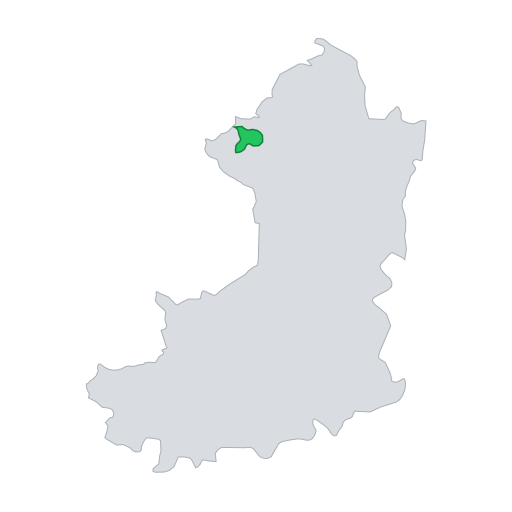 Coyah highlighted on a map of Guinea, rotated 92°
{"feature_id": "GIN-5631", "entity_name": "Coyah", "entity_type": "Prefecture", "adm_level": 1, "iso_a3": "GIN", "parent_name": "Guinea", "parent_adm1": "", "projection": "mercator", "projection_center": [-13.332, 9.762], "detail": "fine", "context": "in_parent", "style": "filled", "palette": "green", "viewbox_px": 512, "rotation_deg": 92, "n_neighbors": 0, "source": "natural_earth", "source_scale": "10m", "svg_char_len": 4203}
<svg xmlns="http://www.w3.org/2000/svg" viewBox="0 0 512 512"><g transform="rotate(92 256 256)"><path d="M320.6,344.8L316.0,344.2L313.9,345.1L307.8,352.3L304.2,355.1L298.5,354.2L296.5,354.7L295.0,353.9L297.1,349.9L300.0,342.1L307.4,334.3L307.6,332.6L304.5,328.0L301.3,321.8L301.3,315.1L300.7,310.2L294.1,308.9L292.9,308.0L292.7,306.4L296.4,298.0L296.7,296.3L296.3,294.8L292.2,290.5L285.9,282.6L275.0,266.3L270.9,262.8L267.0,257.9L265.6,254.7L261.5,253.6L223.5,253.8L222.8,258.0L209.7,260.9L201.7,257.6L192.7,259.5L188.3,261.7L185.0,271.2L183.1,273.3L181.1,277.5L179.4,279.9L177.4,284.6L173.2,291.2L168.7,295.5L161.1,297.9L158.7,304.9L156.9,307.5L154.0,309.6L150.9,310.9L144.7,309.6L141.2,310.8L140.6,309.1L142.6,303.5L141.0,300.6L135.0,294.8L134.4,292.0L132.6,288.4L124.7,281.0L117.4,281.4L119.4,275.2L119.4,266.9L116.9,262.4L117.5,257.7L116.1,258.0L113.7,261.2L109.7,260.2L101.7,255.3L97.7,250.5L97.2,246.4L96.3,244.8L93.9,245.7L88.9,245.6L73.6,238.3L62.7,220.0L62.4,215.9L64.0,208.8L63.6,206.9L58.6,211.6L57.7,208.5L53.9,201.1L52.8,196.9L49.1,195.0L46.2,194.7L43.9,196.1L40.9,204.7L38.7,204.6L36.4,202.8L36.8,196.4L42.7,188.4L52.6,168.1L56.1,163.4L58.3,161.8L63.0,161.6L72.0,158.9L83.2,152.6L91.7,153.1L101.8,152.3L114.9,148.0L115.1,134.4L114.6,131.3L110.0,128.6L107.2,126.2L104.9,123.2L102.1,121.0L102.2,118.8L108.0,115.9L113.3,115.9L115.1,114.8L116.4,112.8L117.9,107.9L118.5,102.7L114.9,95.7L115.1,90.8L134.4,91.5L145.0,92.9L153.7,93.3L155.1,94.4L153.9,99.2L155.0,102.0L157.9,102.8L162.7,99.4L165.3,100.2L170.7,104.3L175.7,105.5L181.2,107.7L186.4,109.0L191.0,108.8L194.4,111.2L200.9,111.9L209.2,108.9L215.7,107.6L224.9,107.3L229.7,108.3L243.6,105.9L254.6,107.2L252.9,108.9L247.9,119.8L248.5,121.7L259.6,131.0L262.3,131.7L265.3,130.4L270.1,126.1L273.9,121.5L277.6,119.3L281.8,119.4L285.2,122.7L293.1,136.3L295.2,138.1L297.1,138.0L300.5,135.5L302.3,132.5L309.7,123.5L321.1,118.9L348.1,129.3L352.1,130.1L354.4,129.3L357.8,123.2L368.0,118.0L372.9,116.5L375.7,116.3L376.8,114.7L377.3,112.2L376.7,109.6L373.6,104.9L373.5,103.6L375.3,102.7L379.2,102.0L384.2,102.5L389.9,104.5L394.5,107.4L397.1,110.8L402.2,125.3L407.9,136.6L407.6,151.8L410.2,153.3L412.9,154.0L414.2,155.2L417.0,161.4L419.6,163.3L422.7,163.7L428.6,167.7L432.4,169.3L432.9,170.5L432.8,172.1L431.3,174.2L425.6,178.4L422.8,182.0L417.1,190.6L416.9,192.2L418.1,193.3L420.5,193.5L423.1,192.9L428.4,189.8L432.5,190.9L436.5,193.3L438.0,195.8L438.4,199.0L437.5,203.2L437.3,207.9L438.7,215.9L440.8,223.9L442.8,226.8L456.2,233.9L457.5,236.5L458.2,239.5L457.2,243.5L455.8,245.8L448.5,252.0L447.4,255.0L448.0,260.5L448.5,283.9L451.4,287.8L454.8,289.8L462.8,288.7L462.6,295.2L461.5,302.4L466.2,304.6L468.6,306.8L469.9,308.9L462.5,312.8L460.3,315.0L459.3,321.1L459.6,326.7L469.5,330.6L473.4,335.3L475.1,340.2L475.6,349.3L474.8,351.4L472.2,351.5L467.2,345.9L459.4,345.3L453.7,344.2L444.1,345.0L442.5,346.6L441.4,358.8L443.7,360.8L448.3,363.1L451.2,364.1L453.7,363.8L455.6,365.3L456.1,369.3L454.8,372.3L452.2,375.0L449.1,382.0L449.8,388.5L444.4,398.7L442.8,400.7L435.7,398.7L431.0,398.0L427.7,400.6L423.0,396.6L422.1,393.5L420.4,392.8L417.3,392.8L414.4,394.6L413.2,397.8L412.5,404.4L407.3,410.6L403.6,418.4L399.4,417.7L398.4,418.6L393.9,420.6L390.0,421.2L389.0,419.1L386.7,417.5L384.2,414.2L381.3,411.5L375.9,409.6L373.7,410.5L371.1,410.2L369.4,409.2L369.6,407.6L372.5,403.5L374.2,399.8L375.0,395.7L375.0,391.9L373.5,386.4L371.0,382.1L370.4,379.6L370.7,376.0L370.2,372.7L369.3,370.9L368.2,364.6L366.7,363.4L365.9,358.4L366.1,353.2L364.0,351.3L360.7,349.8L358.7,347.8L357.5,345.5L356.3,344.9L355.2,345.0L354.3,346.4L353.2,346.7L351.2,341.9L350.4,341.7L349.1,342.8L333.6,348.2L331.6,343.6L328.6,342.8L323.5,344.6L320.6,344.8Z" fill="#d9dde1" stroke="#a8b0b8" stroke-width="1"/><path d="M129.6,279.4L129.2,279.4L127.9,282.1L127.5,278.9L127.1,274.5L128.9,272.2L130.4,269.4L130.4,267.4L129.6,264.0L130.4,259.4L132.3,256.2L135.2,253.8L140.0,253.4L141.8,253.4L144.3,255.6L145.6,257.1L146.1,262.4L145.2,264.4L144.0,266.2L144.7,268.7L147.0,270.2L149.5,271.1L152.2,274.5L153.1,277.3L153.3,279.8L150.8,280.2L146.3,279.8L144.5,278.7L142.2,276.3L139.7,275.3L136.6,276.7L133.4,277.8L131.4,278.0L129.6,279.4Z" fill="#22c55e" stroke="#15803d" stroke-width="1.5"/></g></svg>